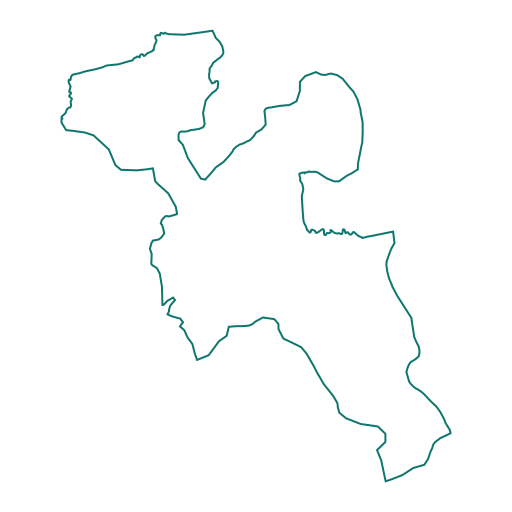 Shar'ab As Salam, Ta`izz, Yemen
{"feature_id": "15242507B43426345122943", "entity_name": "Shar'ab As Salam", "entity_type": "district", "adm_level": 2, "iso_a3": "YEM", "parent_name": "Yemen", "parent_adm1": "Ta`izz", "projection": "orthographic", "projection_center": [43.887, 13.783], "detail": "fine", "context": "isolated", "style": "outline", "palette": "teal", "viewbox_px": 512, "rotation_deg": 0, "n_neighbors": 0, "source": "geoboundaries", "source_scale": "gbopen_adm2", "svg_char_len": 5934}
<svg xmlns="http://www.w3.org/2000/svg" viewBox="0 0 512 512"><path d="M61.5,118.9L61.5,122.6L66.2,130.2L72.6,130.8L84.9,132.5L93.6,135.4L108.8,149.4L115.4,165.1L121.0,169.8L135.7,170.3L136.0,170.4L146.1,169.4L152.9,168.4L155.2,181.2L158.1,184.3L168.2,193.3L170.4,197.2L175.8,206.8L177.0,213.6L176.9,214.2L169.0,216.5L166.7,216.0L165.0,216.5L161.8,220.0L160.8,223.5L162.0,224.8L163.2,228.5L164.2,233.5L161.4,237.4L158.7,239.5L152.9,240.6L151.4,243.2L149.9,248.8L151.7,254.0L151.3,264.0L152.4,265.3L157.0,268.2L159.8,273.7L162.0,287.1L162.4,304.9L163.7,304.8L167.4,300.8L173.1,297.6L175.0,300.1L171.8,303.7L170.2,305.8L169.0,309.8L169.0,311.4L167.5,314.3L171.5,316.2L180.4,318.7L183.0,322.3L180.6,325.3L180.0,326.5L184.2,330.1L187.7,337.7L192.4,344.1L194.8,353.5L197.1,359.9L208.7,355.2L218.8,341.5L219.3,341.0L226.7,335.8L228.8,326.8L235.6,326.2L243.8,326.1L249.0,325.6L252.5,324.1L255.4,321.6L262.8,317.5L265.1,317.8L274.2,319.1L275.7,320.7L278.4,323.9L278.5,329.0L283.3,338.5L295.8,344.5L301.2,347.2L306.5,353.5L313.6,365.8L316.7,371.9L323.7,384.0L333.3,396.1L337.4,403.1L337.9,407.7L339.4,412.8L346.1,418.3L360.7,424.0L377.9,426.5L385.4,433.8L385.4,442.0L377.0,450.1L381.2,460.3L384.9,477.8L385.7,481.3L391.9,479.2L402.5,475.0L411.2,469.3L412.8,468.3L413.9,467.8L424.3,464.8L428.1,458.9L429.5,454.7L430.8,451.0L432.2,448.2L433.1,444.9L435.0,442.2L437.9,440.0L440.2,438.2L450.5,433.3L449.9,430.1L445.5,422.9L444.4,419.8L443.0,417.0L440.0,411.5L437.9,408.6L436.0,406.2L431.2,401.7L428.7,399.1L426.1,396.3L424.0,394.1L421.1,391.6L418.6,389.9L415.8,388.4L413.2,386.4L410.9,384.0L409.1,381.5L406.4,372.0L407.5,368.0L408.9,364.6L410.6,362.1L413.6,360.4L416.0,358.7L418.6,356.5L419.4,353.5L419.4,349.9L418.7,346.6L415.8,340.8L414.2,336.9L411.3,317.8L397.3,295.9L392.6,287.1L391.4,283.9L390.1,281.0L388.8,277.5L388.0,274.5L387.2,271.2L386.8,268.0L386.3,264.6L386.7,261.3L387.8,258.1L388.9,254.9L391.2,248.9L392.9,245.9L394.5,242.9L393.7,236.4L393.1,231.6L369.3,236.4L368.6,236.4L362.4,238.0L361.2,237.0L359.7,236.6L357.6,235.3L354.0,232.1L353.5,232.0L352.7,232.6L352.1,233.5L351.3,234.4L350.7,234.6L349.9,234.6L349.5,234.3L349.1,233.7L348.6,233.1L347.9,232.3L347.5,232.2L346.8,232.4L346.5,232.9L346.1,233.1L345.6,233.0L345.3,232.6L344.6,230.1L344.2,229.5L343.8,229.3L343.2,229.3L342.8,230.0L342.6,232.0L342.4,233.0L342.1,233.7L341.6,234.0L340.5,233.9L339.8,233.6L339.4,233.3L338.9,233.2L338.5,233.2L337.6,233.5L336.8,233.5L335.9,233.3L334.8,233.0L333.8,232.4L332.3,231.2L331.9,230.7L331.4,230.4L331.0,230.1L330.6,230.2L330.6,232.4L329.9,232.9L328.7,233.2L328.1,233.2L327.6,233.0L327.1,233.0L326.7,233.3L326.4,233.8L326.1,234.4L325.8,234.9L325.4,235.0L325.0,235.0L324.3,234.6L324.0,233.5L324.0,231.9L324.0,231.2L323.9,230.4L323.7,229.8L323.3,229.2L322.8,229.2L322.1,229.3L321.2,229.9L319.6,231.2L317.6,232.5L317.0,232.7L316.4,232.8L315.9,232.7L315.6,232.4L315.5,231.7L314.9,230.8L314.0,230.4L312.3,229.7L311.7,229.7L311.2,230.1L310.9,230.7L310.9,231.6L310.3,232.4L309.8,232.6L308.4,231.3L307.8,230.5L307.0,229.9L306.0,226.5L304.7,224.1L303.9,222.3L303.2,218.7L303.1,214.9L302.9,214.5L301.9,197.9L301.9,195.7L303.3,189.3L302.4,184.3L301.4,182.5L300.1,180.6L300.1,179.9L300.3,178.9L300.1,177.7L299.3,174.8L299.5,173.6L300.0,173.3L300.9,173.3L301.5,172.8L303.3,172.5L303.9,172.5L304.2,173.1L304.6,173.3L305.1,172.9L305.4,172.5L305.7,172.4L306.1,172.4L306.4,172.2L306.9,172.2L307.5,172.3L309.1,171.4L309.9,171.8L310.9,171.9L312.1,171.9L313.3,171.8L315.3,171.8L317.0,172.2L318.8,173.1L319.9,174.0L320.2,174.1L327.0,178.5L334.3,181.4L339.1,181.3L344.6,177.3L346.9,175.7L351.3,173.5L357.8,169.4L358.0,163.7L359.2,157.0L359.3,157.0L361.1,147.5L362.3,142.3L362.7,131.5L362.6,122.2L361.1,114.6L360.6,112.4L360.5,109.7L357.4,99.2L353.3,91.4L349.6,87.4L342.6,78.7L337.3,75.2L330.9,73.5L325.1,75.0L321.2,74.6L315.9,72.1L305.2,76.1L299.9,81.9L299.9,90.7L296.6,101.2L289.1,105.2L288.2,105.1L279.7,105.9L270.2,107.6L268.1,107.7L265.7,108.8L264.4,111.0L265.1,116.3L265.7,124.6L261.4,129.5L255.9,132.7L255.0,134.3L253.3,136.7L249.9,140.2L246.4,141.7L244.2,142.9L241.8,144.0L239.9,144.4L236.0,146.9L233.4,149.5L232.8,151.1L229.4,155.5L223.7,161.8L215.9,167.3L210.8,173.4L205.2,179.6L200.9,178.6L187.9,158.2L182.8,144.7L179.4,141.1L179.4,140.8L178.8,140.4L178.6,139.4L178.5,136.2L178.6,134.8L178.9,133.5L179.5,132.4L180.7,131.7L181.7,131.5L184.4,131.6L186.7,131.4L188.6,131.0L190.6,130.1L193.5,129.8L199.1,128.9L203.1,127.3L204.7,124.2L203.6,116.9L203.1,112.9L203.2,112.2L205.7,100.6L208.6,96.9L212.4,92.8L215.5,90.7L217.7,87.9L218.0,84.3L218.2,82.1L217.3,81.0L215.3,81.3L214.9,82.4L212.0,83.3L209.2,78.2L209.1,74.4L209.7,70.6L209.5,68.9L212.5,64.3L213.1,62.9L217.1,59.7L220.6,57.2L223.3,53.7L223.2,50.4L222.2,46.3L219.5,41.6L215.8,38.0L213.0,31.7L212.5,30.7L208.9,31.3L184.3,34.7L168.7,34.2L168.4,34.0L167.2,33.8L164.6,32.8L164.0,33.5L163.4,33.7L162.6,33.5L161.8,33.0L160.8,32.9L160.2,33.8L160.2,34.4L160.0,35.2L159.0,35.2L158.0,35.1L156.0,35.6L155.4,36.2L155.3,36.9L155.3,37.9L156.5,40.3L155.7,42.9L154.3,45.8L154.2,47.3L153.9,48.1L153.7,48.8L153.9,49.8L153.5,50.2L152.9,50.3L152.5,50.9L152.0,51.3L150.9,51.7L147.3,53.4L146.0,54.5L144.9,55.7L144.2,55.9L143.7,55.9L143.4,55.4L143.2,54.9L142.8,54.5L141.8,54.3L141.0,54.4L140.6,54.7L140.2,55.3L139.8,56.8L139.6,57.3L139.0,57.2L138.6,56.7L137.5,56.6L136.8,56.7L135.7,57.7L134.9,57.8L133.8,58.5L133.2,59.5L132.5,60.4L128.6,61.3L118.5,64.3L106.6,65.5L102.5,67.3L95.2,69.3L85.5,71.3L79.4,73.2L72.5,74.7L72.3,75.3L71.6,75.9L71.2,76.4L71.0,77.0L70.5,79.7L70.3,80.0L69.9,80.0L69.7,79.7L69.4,79.6L69.1,79.7L68.8,80.0L68.6,80.8L68.7,82.0L68.9,82.9L69.3,83.8L70.6,86.6L70.3,87.5L69.2,91.7L69.4,92.1L70.4,92.3L71.0,92.8L70.9,93.5L70.2,94.6L69.4,95.3L69.2,96.4L71.8,98.6L71.7,99.5L70.7,101.3L70.7,102.3L71.0,104.7L70.9,106.2L70.6,107.0L69.9,107.5L69.1,107.6L68.1,108.2L67.1,109.1L66.2,110.9L66.0,112.1L65.2,113.4L63.2,115.2L61.6,116.8L61.6,117.4L62.3,118.6L61.5,118.9Z" fill="none" stroke="#0f766e" stroke-width="2"/></svg>